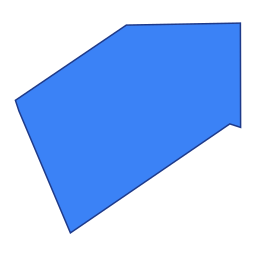 Somervell, Texas, United States of America
{"feature_id": "52423323B18632711548456", "entity_name": "Somervell", "entity_type": "district", "adm_level": 2, "iso_a3": "USA", "parent_name": "United States of America", "parent_adm1": "Texas", "projection": "equal_earth", "projection_center": [-97.793, 32.203], "detail": "fine", "context": "isolated", "style": "filled", "palette": "blue", "viewbox_px": 256, "rotation_deg": 0, "n_neighbors": 0, "source": "geoboundaries", "source_scale": "gbopen_adm2", "svg_char_len": 222}
<svg xmlns="http://www.w3.org/2000/svg" viewBox="0 0 256 256"><path d="M15.4,100.3L18.9,110.9L70.4,232.9L229.8,123.9L240.6,127.4L240.4,23.1L126.3,25.1L15.4,100.3Z" fill="#3b82f6" stroke="#1e3a8a" stroke-width="1.5"/></svg>